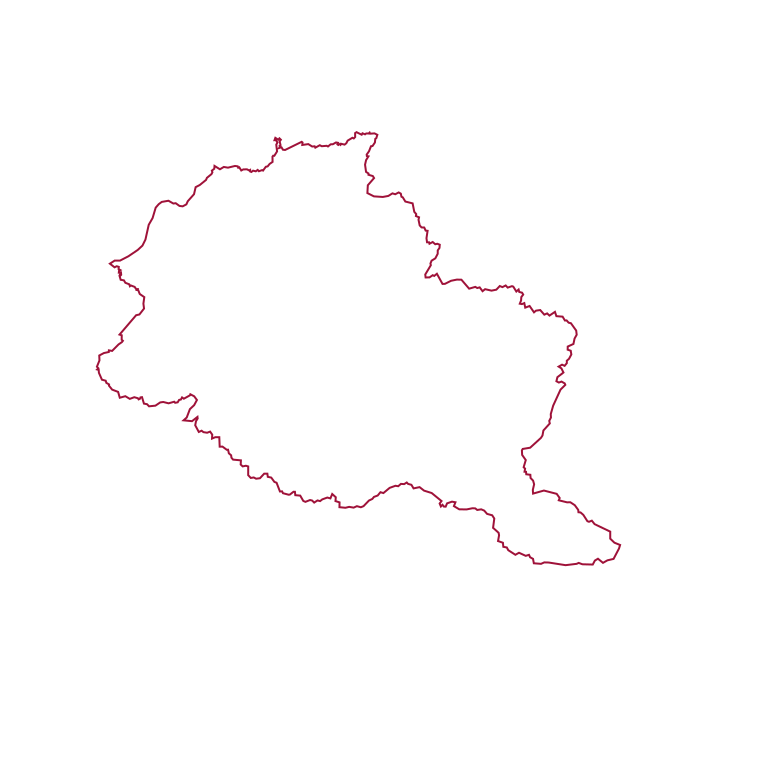 outline of Santa Ana, Manabi, Ecuador, rotated 221°
{"feature_id": "8360857B69594621756810", "entity_name": "Santa Ana", "entity_type": "district", "adm_level": 2, "iso_a3": "ECU", "parent_name": "Ecuador", "parent_adm1": "Manabi", "projection": "equal_earth", "projection_center": [-80.204, -1.195], "detail": "fine", "context": "isolated", "style": "outline", "palette": "rose", "viewbox_px": 768, "rotation_deg": 221, "n_neighbors": 0, "source": "geoboundaries", "source_scale": "gbopen_adm2", "svg_char_len": 6163}
<svg xmlns="http://www.w3.org/2000/svg" viewBox="0 0 768 768"><g transform="rotate(221 384 384)"><path d="M344.4,543.6L344.8,540.6L350.3,542.3L351.6,541.8L353.9,537.9L356.8,538.2L358.2,534.8L360.9,533.9L361.1,528.9L364.1,525.0L369.9,521.9L370.5,518.7L375.2,519.7L376.6,517.6L378.8,517.2L382.3,511.8L394.0,513.5L397.5,510.6L401.1,505.9L403.7,499.6L405.5,497.9L416.4,501.9L417.0,498.5L418.6,498.1L419.6,494.3L422.5,491.7L424.7,493.7L426.6,504.4L428.0,505.4L429.0,508.3L427.7,512.5L428.9,517.5L431.1,520.1L431.4,523.1L433.3,525.7L435.8,524.8L437.0,523.1L440.4,523.1L441.7,519.7L442.9,520.5L444.5,519.2L447.6,521.9L451.6,528.2L453.2,527.1L456.3,528.5L458.4,526.8L461.1,527.1L465.7,530.6L466.9,532.8L470.1,531.7L471.2,533.4L474.1,533.8L480.9,539.1L487.6,535.7L492.3,537.2L493.7,536.8L496.2,538.7L498.6,538.2L500.0,534.6L502.7,533.4L504.1,528.8L507.6,524.4L514.7,519.0L521.8,517.2L526.6,523.4L526.6,532.9L528.9,533.6L533.0,531.7L533.8,532.7L536.7,532.3L542.2,537.1L544.4,541.2L545.1,545.6L546.5,544.8L547.6,545.8L548.0,549.8L549.8,554.9L548.8,556.1L549.3,560.3L551.4,563.3L551.1,564.5L552.5,567.7L555.6,566.9L558.7,563.8L559.8,564.3L559.9,563.0L561.8,561.4L562.1,560.0L564.7,559.1L564.4,557.5L570.0,556.0L570.4,554.4L567.8,551.5L567.9,549.5L569.4,549.1L571.1,543.8L570.4,541.0L570.8,538.8L573.7,537.3L573.7,536.1L574.7,536.4L575.3,534.4L576.4,534.3L577.0,535.8L578.7,534.8L579.9,531.4L581.5,529.9L582.1,526.5L583.5,526.2L587.0,522.6L589.1,522.1L590.9,517.3L592.3,517.9L594.0,516.1L598.5,515.4L602.5,510.8L603.9,512.8L605.0,512.8L612.2,495.7L614.0,494.5L616.7,495.4L618.0,493.3L618.1,494.8L619.0,495.2L618.8,496.4L621.9,498.6L622.1,500.7L624.1,500.8L624.1,499.0L627.5,498.5L626.6,496.2L625.6,497.1L622.9,496.4L622.3,493.9L617.3,489.4L616.5,484.3L617.4,483.6L617.3,482.4L613.8,478.5L614.7,475.1L614.6,471.9L615.7,470.4L615.3,465.7L616.3,465.5L618.0,462.5L619.8,462.7L620.3,460.4L622.8,459.1L623.2,457.0L624.5,456.6L625.5,457.7L625.9,456.7L628.3,456.1L631.0,453.6L631.8,451.5L635.4,452.6L635.9,451.6L637.2,452.3L639.5,450.8L643.7,444.9L647.3,442.7L648.7,438.4L655.0,437.4L653.3,435.1L653.9,432.1L652.4,431.2L651.9,429.2L652.9,423.4L652.2,421.3L653.6,413.3L655.3,409.0L651.9,402.6L652.0,393.2L651.0,389.9L652.5,386.0L655.2,384.2L659.8,383.8L661.4,382.0L666.9,380.9L671.2,375.6L672.0,371.9L672.0,367.3L667.5,357.4L666.0,349.8L658.8,336.5L657.1,330.0L657.8,323.6L660.7,312.7L664.2,303.9L668.2,300.5L669.8,295.0L663.9,295.3L663.0,297.5L661.0,298.4L659.7,296.6L657.7,297.0L658.2,295.5L657.2,294.1L655.8,295.7L654.0,294.0L654.0,293.1L655.0,293.1L654.7,292.2L651.1,289.9L648.3,291.6L645.6,290.7L641.7,292.1L639.9,291.1L639.7,292.3L635.9,293.7L633.2,293.0L632.4,293.8L632.2,292.8L631.1,293.6L627.4,291.7L621.9,292.3L618.3,286.8L614.6,283.5L614.2,276.0L616.2,273.3L616.0,247.8L613.9,248.7L611.0,245.3L609.4,245.3L609.3,243.6L610.3,239.7L610.9,230.6L613.7,228.9L612.7,227.6L615.7,223.6L617.6,218.7L614.2,215.1L612.0,208.7L609.9,208.5L610.0,206.8L608.6,207.5L606.5,205.4L599.7,202.2L596.2,203.9L594.3,202.7L591.2,203.3L590.5,202.3L585.5,201.4L579.5,203.6L574.4,200.3L571.2,205.1L566.1,206.0L563.8,210.2L560.4,211.8L559.1,211.4L558.5,212.7L559.0,214.1L558.0,215.3L552.3,211.7L549.6,213.3L546.7,213.0L542.3,217.7L540.8,223.3L538.8,225.6L533.9,228.1L530.7,233.0L529.3,232.8L527.7,234.8L528.2,237.6L527.1,239.0L527.6,241.4L525.4,241.6L523.0,248.2L523.4,249.2L519.2,250.2L514.7,249.2L513.4,243.5L514.0,237.7L510.9,229.3L511.4,225.1L504.5,230.0L503.2,236.8L502.0,235.7L501.5,232.6L499.4,229.0L492.3,226.3L491.0,229.1L488.7,229.2L485.5,231.2L484.0,234.0L480.4,233.1L478.0,230.0L476.4,233.2L473.4,235.8L466.9,228.9L464.8,230.8L459.5,231.2L458.6,232.1L455.6,229.9L452.6,229.9L450.8,228.3L448.3,227.9L441.9,232.5L439.3,229.2L436.6,229.1L434.6,231.7L432.4,232.7L426.7,226.1L422.9,225.7L421.0,228.0L418.4,228.6L415.8,231.5L415.6,237.7L413.2,239.8L410.8,237.7L407.7,239.4L402.5,238.2L400.3,239.0L392.0,234.6L390.5,236.1L388.6,235.3L383.3,237.9L382.5,238.8L381.6,243.3L380.5,244.2L378.0,241.9L374.0,244.8L368.2,242.8L366.0,243.5L363.7,247.9L361.8,248.9L358.9,248.7L357.8,252.5L355.4,253.7L354.9,256.4L352.3,261.1L349.4,262.5L350.9,267.0L346.1,266.9L343.8,263.8L339.9,265.5L336.8,261.8L331.9,265.3L329.7,268.4L325.8,270.8L324.3,274.0L320.6,275.8L319.3,278.4L318.9,286.2L317.4,289.6L317.5,292.2L315.6,295.7L315.7,300.0L312.9,301.3L311.6,309.3L308.6,314.7L306.2,316.2L305.7,319.7L303.1,321.7L302.2,324.6L300.3,324.4L297.2,325.9L293.2,324.6L289.5,329.5L283.8,329.8L276.5,333.0L263.8,333.4L263.6,330.3L260.7,328.9L260.6,331.2L258.3,330.8L257.0,331.9L258.1,335.3L255.5,339.8L252.5,341.6L251.1,337.7L245.0,338.8L239.4,343.5L235.7,348.3L233.5,350.0L231.0,350.1L228.4,353.2L225.3,354.2L221.0,353.6L216.2,355.9L212.5,354.8L207.3,347.0L199.9,346.9L197.9,345.3L194.9,340.3L190.1,342.2L187.1,339.4L184.1,341.2L181.2,340.1L172.8,341.3L171.4,345.2L164.3,347.3L162.5,350.2L160.1,349.1L156.8,349.8L153.3,347.0L147.5,351.3L146.0,354.5L142.6,357.3L128.1,366.4L120.6,374.7L119.7,376.7L116.0,378.1L108.0,384.7L109.0,389.1L107.9,392.5L101.4,392.7L99.7,397.5L96.0,402.6L98.7,414.0L100.2,417.4L106.0,415.4L111.8,415.7L116.4,421.0L133.1,416.4L137.5,417.2L138.9,414.5L140.5,413.9L147.7,416.0L151.4,416.0L153.1,414.8L154.8,416.4L160.5,417.7L165.8,417.0L168.2,414.8L175.8,410.9L176.6,413.2L181.6,414.4L193.4,408.5L199.6,399.1L202.2,401.7L204.9,406.8L208.1,408.9L211.7,409.2L214.0,411.5L217.4,409.2L219.2,410.9L220.4,410.0L222.0,412.7L224.0,412.8L227.1,419.6L233.2,421.1L236.4,424.4L236.7,426.0L231.9,431.8L230.2,446.3L230.6,449.1L233.2,453.5L233.0,463.0L235.1,464.6L236.0,468.2L238.4,470.7L242.1,478.6L247.1,495.6L246.6,502.3L248.0,503.0L251.6,502.3L253.0,499.8L255.7,499.2L257.6,502.9L256.1,510.4L260.4,512.2L263.6,511.7L262.3,515.4L259.6,516.2L259.7,519.7L261.3,521.5L260.9,524.4L262.0,529.2L264.9,531.6L267.9,530.4L269.9,532.8L267.3,538.5L270.0,543.3L270.9,547.6L274.0,550.4L282.8,552.5L284.9,551.4L287.9,551.8L289.1,550.6L293.4,552.0L298.4,548.3L302.3,550.6L304.0,544.2L307.2,544.3L308.5,541.5L314.6,542.3L317.4,539.1L317.8,536.5L325.3,538.4L327.5,534.3L331.2,537.1L332.3,534.8L334.2,533.7L335.3,536.9L337.4,539.7L337.6,542.8L339.7,543.5L342.3,542.2L344.4,543.6Z" fill="none" stroke="#9f1239" stroke-width="2"/></g></svg>